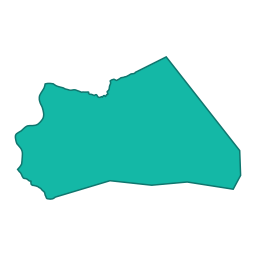 Las Lajas, Comayagua, Honduras
{"feature_id": "27666195B78800320029736", "entity_name": "Las Lajas", "entity_type": "district", "adm_level": 2, "iso_a3": "HND", "parent_name": "Honduras", "parent_adm1": "Comayagua", "projection": "robinson", "projection_center": [-87.665, 14.899], "detail": "fine", "context": "isolated", "style": "filled", "palette": "teal", "viewbox_px": 256, "rotation_deg": 0, "n_neighbors": 0, "source": "geoboundaries", "source_scale": "gbopen_adm2", "svg_char_len": 5128}
<svg xmlns="http://www.w3.org/2000/svg" viewBox="0 0 256 256"><path d="M45.2,83.9L45.0,84.6L44.8,85.7L44.5,86.7L44.3,87.2L44.2,87.6L43.9,88.3L43.5,89.0L43.0,89.8L41.7,91.9L41.1,92.8L40.7,93.5L40.2,94.5L39.9,95.0L39.7,95.5L39.5,96.0L39.4,96.7L39.3,97.2L39.3,97.5L39.3,98.0L39.3,98.3L39.3,98.9L39.3,99.6L39.4,100.0L39.5,100.6L39.6,101.0L39.7,101.4L40.1,102.6L40.4,103.5L40.6,103.8L40.8,104.4L41.0,104.8L41.4,105.4L41.6,105.9L41.9,106.5L42.1,106.9L42.3,107.5L42.5,108.2L42.9,109.6L43.2,110.9L43.4,112.1L43.5,112.5L43.6,113.3L43.7,114.1L43.7,114.6L43.7,114.9L43.6,115.5L43.6,116.0L43.5,116.4L43.4,117.1L43.1,117.9L43.0,118.3L42.8,118.6L42.7,118.8L42.2,119.6L41.5,120.5L41.0,121.2L40.2,122.1L39.4,122.9L38.6,123.6L38.3,123.9L37.7,124.3L37.1,124.6L36.7,124.8L36.4,124.9L35.6,125.2L35.1,125.3L34.2,125.4L33.4,125.5L32.7,125.6L32.0,125.6L30.9,125.6L30.0,125.6L29.1,125.7L28.2,125.8L27.6,125.9L27.2,126.0L26.5,126.4L26.0,126.7L25.5,127.0L25.1,127.3L24.3,128.0L23.6,128.6L22.7,129.5L21.8,130.3L21.6,130.5L21.3,130.8L21.0,131.0L20.6,131.2L19.3,132.0L18.4,132.5L17.1,133.4L16.7,133.7L16.4,133.9L16.2,134.2L16.0,134.5L15.8,134.8L15.6,135.2L15.5,135.6L15.4,136.1L15.4,136.5L15.4,137.0L15.4,137.7L15.5,138.3L15.7,139.5L15.8,140.1L16.0,140.9L16.2,141.8L16.5,142.6L16.8,143.3L16.8,143.5L17.0,143.8L17.5,144.5L18.4,145.4L19.0,146.2L20.3,147.7L20.7,148.3L21.0,148.7L21.3,149.2L21.5,149.7L21.7,150.1L22.0,150.8L22.1,151.3L22.2,151.8L22.3,152.3L22.4,152.8L22.4,153.3L22.4,154.3L22.4,154.9L22.3,155.9L22.3,156.6L22.1,159.2L22.0,160.9L21.8,162.6L21.6,164.1L21.5,164.3L21.3,164.5L21.0,165.1L20.8,165.5L20.3,166.2L19.9,166.8L19.4,167.4L18.4,168.5L17.6,169.4L18.7,170.8L19.2,171.5L19.6,171.9L20.3,172.5L20.7,173.1L21.0,173.6L21.8,175.2L22.1,175.9L22.2,176.2L22.2,176.3L22.6,176.9L22.9,177.3L23.3,178.0L23.9,178.3L25.3,178.6L25.9,178.6L26.6,178.8L26.8,179.0L27.7,179.6L28.3,180.1L29.0,180.7L30.0,181.1L30.8,181.1L31.0,181.5L30.9,182.4L30.9,182.7L31.0,183.3L31.2,184.3L31.5,184.6L31.7,184.8L32.5,185.3L33.0,185.4L33.6,185.4L34.5,185.6L35.7,185.9L36.3,186.0L36.9,186.3L37.6,186.5L38.3,186.9L38.9,187.4L39.4,187.7L40.2,188.1L40.7,188.4L41.2,188.9L41.5,189.5L41.9,189.8L42.4,190.4L43.0,190.9L43.6,191.3L44.0,191.8L44.3,192.1L44.7,192.8L44.8,193.5L45.0,194.3L45.1,194.9L45.7,196.2L46.0,196.7L46.1,197.1L46.2,197.6L46.5,198.1L47.0,198.6L47.8,198.8L48.7,198.9L49.4,199.0L50.2,199.1L51.2,199.0L52.1,198.9L52.7,198.7L53.3,198.5L54.0,198.1L55.3,197.1L110.0,180.7L151.7,185.2L187.2,182.0L233.2,189.2L240.6,175.4L239.7,150.6L166.2,56.9L135.4,72.3L135.2,72.6L134.9,73.0L134.6,73.2L134.6,73.3L133.7,73.6L133.4,73.6L132.3,73.8L131.5,73.9L131.2,73.9L131.1,74.0L130.8,74.1L130.4,74.3L129.9,74.6L129.4,74.9L129.2,75.1L128.9,75.2L128.5,75.4L128.3,75.5L127.4,76.0L126.8,76.3L126.6,76.4L126.2,76.6L125.1,76.8L124.7,76.9L124.1,77.1L123.3,77.4L123.0,77.5L122.7,77.5L122.1,77.5L121.8,77.6L121.4,77.7L120.9,77.8L120.7,78.0L120.4,78.1L119.6,78.8L118.8,79.2L117.6,79.9L117.1,80.2L116.6,80.4L116.4,80.4L116.2,80.4L115.1,79.8L114.3,79.4L114.1,79.3L113.9,79.3L113.7,79.3L111.7,79.9L111.6,80.0L111.2,80.2L110.8,80.5L110.4,80.7L110.3,80.8L110.2,80.9L110.2,81.0L110.2,81.3L110.4,81.5L110.5,81.8L110.5,82.0L110.6,82.3L110.6,82.5L110.5,83.8L110.4,84.0L110.3,84.3L110.2,84.5L110.0,84.8L109.9,85.2L109.7,85.6L109.6,86.1L109.5,86.4L109.4,86.9L109.3,87.9L109.2,88.4L109.2,88.8L109.1,89.3L108.9,89.6L108.8,89.8L108.3,90.5L107.9,90.9L107.7,91.2L107.3,91.4L107.2,91.5L107.2,91.8L107.3,92.2L107.3,92.5L107.4,92.9L107.5,93.1L107.7,93.4L107.8,93.4L107.8,93.5L107.8,93.9L107.8,94.1L107.7,94.2L107.7,94.4L107.6,94.5L107.4,94.5L107.2,94.5L106.7,94.7L106.5,94.9L106.3,95.2L106.2,95.3L106.1,95.5L106.0,95.8L105.9,96.0L105.7,96.2L105.5,96.3L105.4,96.4L105.2,96.3L105.0,96.1L104.9,96.0L104.5,95.7L104.4,95.6L104.2,95.6L103.9,95.6L103.6,95.7L103.4,95.9L103.2,96.1L102.8,96.5L102.7,96.6L102.6,96.9L102.5,97.0L102.4,97.1L102.2,97.1L101.9,96.8L101.7,96.7L101.4,96.7L101.1,96.8L100.9,96.9L100.7,97.1L100.4,97.3L100.2,97.3L99.9,97.4L99.6,97.4L99.3,97.4L99.0,97.4L98.7,97.3L98.4,97.2L98.2,97.0L97.9,96.8L97.7,96.5L97.5,96.3L97.4,96.1L97.1,95.5L96.9,95.2L96.7,95.0L96.6,94.9L96.3,94.7L96.2,94.7L95.8,94.7L95.5,94.8L95.2,94.9L95.0,95.0L94.8,95.1L94.7,95.2L94.6,95.3L94.4,95.4L94.3,95.5L94.2,95.5L94.0,95.4L93.6,95.2L93.1,95.0L92.5,94.7L92.2,94.6L91.1,94.3L90.8,94.3L90.4,94.3L90.0,94.3L89.8,94.2L89.5,94.2L89.4,94.1L89.1,93.9L88.8,93.6L88.7,93.3L88.6,93.2L88.7,92.8L88.7,92.7L88.7,92.4L88.6,92.2L88.4,92.1L88.2,92.0L87.9,92.0L87.7,92.0L87.0,92.1L85.6,92.1L84.4,92.1L83.3,92.0L82.7,92.0L82.4,92.1L81.9,92.2L81.8,92.3L81.7,92.3L81.6,92.2L81.2,92.1L78.8,91.1L77.5,90.7L76.3,90.2L75.9,90.1L75.3,89.9L74.9,89.8L74.6,89.8L74.3,89.8L73.5,89.8L73.1,89.9L72.3,90.0L72.0,90.1L71.8,90.1L71.2,90.2L70.4,90.2L70.0,90.2L69.6,90.1L69.1,90.0L68.8,89.9L67.9,89.6L67.5,89.5L67.0,89.4L65.9,89.1L65.3,89.0L65.0,88.8L64.7,88.7L64.4,88.5L64.0,88.3L63.7,88.1L63.3,87.9L62.9,87.8L62.3,87.6L61.0,87.3L59.9,87.0L58.7,86.7L57.6,86.3L57.2,86.2L56.5,85.9L55.9,85.6L55.1,85.1L53.6,84.1L53.3,83.9L53.2,83.8L51.7,83.6L50.1,83.4L49.6,83.4L48.9,83.4L48.0,83.4L47.3,83.5L46.6,83.6L45.2,83.9Z" fill="#14b8a6" stroke="#0f766e" stroke-width="1.5"/></svg>